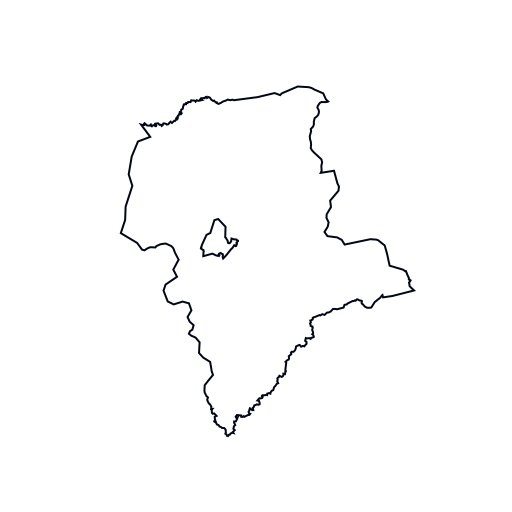 Kati, Koulikoro, Mali, rotated 204°
{"feature_id": "8926073B85176458631238", "entity_name": "Kati", "entity_type": "district", "adm_level": 2, "iso_a3": "MLI", "parent_name": "Mali", "parent_adm1": "Koulikoro", "projection": "orthographic", "projection_center": [-8.119, 12.599], "detail": "fine", "context": "isolated", "style": "outline", "palette": "ink", "viewbox_px": 512, "rotation_deg": 204, "n_neighbors": 0, "source": "geoboundaries", "source_scale": "gbopen_adm2", "svg_char_len": 6124}
<svg xmlns="http://www.w3.org/2000/svg" viewBox="0 0 512 512"><g transform="rotate(204 256 256)"><path d="M97.6,288.8L100.6,289.9L101.6,290.2L103.2,290.9L103.7,291.3L104.3,292.5L105.4,293.9L105.0,295.3L104.9,296.4L105.7,296.2L105.9,296.9L107.0,297.0L107.3,298.0L110.2,300.5L111.3,301.7L113.0,303.2L113.4,302.8L116.2,303.3L130.0,301.5L137.0,311.1L142.7,318.0L151.0,320.1L152.8,319.9L158.3,317.9L179.7,302.5L184.2,305.6L189.5,306.0L198.8,303.2L203.2,305.8L202.4,312.0L203.3,316.2L207.1,319.5L208.4,322.8L207.4,331.2L210.8,336.8L207.2,349.1L208.4,353.1L211.3,355.6L219.4,365.6L230.7,358.3L230.7,360.5L233.0,365.0L233.7,368.5L235.6,370.9L245.0,374.1L248.2,375.5L249.9,376.9L251.0,380.2L252.5,382.8L254.1,384.6L255.6,387.3L256.4,392.4L257.6,394.3L256.5,397.4L256.6,399.7L257.8,402.2L258.5,405.8L257.1,408.4L256.6,410.3L256.8,412.2L257.3,413.7L258.2,414.9L260.4,416.7L260.6,418.3L260.0,421.7L258.8,423.3L255.2,424.8L253.7,425.7L252.9,426.5L255.8,427.5L260.7,431.9L270.4,431.8L273.7,432.1L276.4,431.7L286.8,427.8L298.6,415.1L299.4,412.8L305.3,412.4L319.3,401.7L339.6,389.3L341.1,389.2L342.8,387.9L345.4,387.4L346.6,385.9L349.0,383.7L350.5,381.4L351.1,380.9L351.9,379.8L354.2,379.7L354.4,380.4L355.0,380.2L356.9,380.4L357.5,380.9L358.2,380.3L360.2,380.5L362.6,381.9L364.0,381.9L365.0,380.5L365.8,381.4L366.6,380.8L367.0,379.3L367.7,379.4L368.8,378.1L369.5,378.3L370.4,377.7L370.7,376.0L369.3,376.1L371.4,374.5L372.6,374.2L373.4,374.3L374.0,372.4L375.0,373.0L375.7,372.9L377.0,372.3L378.5,371.9L378.4,370.0L380.6,369.1L380.7,367.9L381.6,367.6L382.2,367.1L381.7,366.2L383.5,365.3L383.6,364.7L383.3,364.1L383.4,363.1L382.8,360.7L383.8,359.3L383.4,358.2L384.2,356.4L383.6,356.1L382.9,356.5L382.3,356.5L381.9,356.0L382.3,354.9L383.4,354.8L384.1,354.1L383.8,352.8L384.4,352.2L384.4,351.7L383.8,350.7L384.7,350.3L384.9,349.4L383.6,349.1L383.7,348.5L384.6,347.7L385.0,346.3L385.7,346.3L386.9,343.3L387.9,343.5L388.6,344.0L389.3,342.6L389.7,340.7L390.9,339.8L391.8,340.1L394.0,339.8L394.6,339.3L394.5,337.4L395.1,336.5L395.5,336.9L395.5,337.3L396.1,337.3L397.5,336.6L399.3,337.4L400.9,336.5L401.9,335.8L401.3,335.2L400.2,334.7L400.2,333.9L400.7,333.7L402.5,334.0L403.7,333.1L403.9,332.1L404.4,332.2L405.6,333.4L405.8,333.1L405.6,332.1L408.5,330.9L411.8,332.0L412.1,331.3L411.4,330.2L413.1,329.5L414.4,329.3L401.1,321.8L410.4,312.6L410.0,296.3L405.5,278.8L397.5,269.8L395.2,248.1L390.2,235.7L388.8,221.9L369.9,219.6L362.8,215.5L360.4,215.8L360.1,215.9L359.2,217.5L357.6,219.6L356.0,221.1L351.4,222.9L351.0,224.6L348.1,227.8L344.1,230.4L343.1,230.7L337.3,230.6L334.6,229.4L331.3,226.0L325.2,221.2L326.0,209.9L319.7,204.9L327.0,193.1L326.4,186.8L318.2,178.6L311.5,178.3L304.5,184.5L298.0,185.5L292.9,180.1L293.7,172.4L289.8,169.0L284.8,167.4L284.2,162.8L285.7,160.5L285.7,157.7L282.9,156.9L278.0,156.9L272.4,154.2L268.6,144.2L262.8,141.7L254.8,140.6L249.6,132.7L246.9,129.8L248.8,123.1L250.3,117.1L248.4,112.1L247.4,110.5L244.5,108.0L242.4,107.3L242.1,104.8L240.4,103.1L239.0,102.1L237.8,101.8L235.6,100.3L234.8,98.0L233.6,98.6L233.9,97.4L232.4,94.7L231.2,94.3L230.3,95.2L227.0,93.9L228.3,92.3L227.5,90.7L225.9,88.8L226.9,88.0L226.3,87.6L224.8,87.7L224.0,86.8L223.2,86.2L221.5,86.3L220.0,85.4L218.3,85.5L217.2,85.1L215.1,85.9L213.2,85.1L211.8,82.6L211.7,81.2L210.6,81.1L209.2,79.9L208.4,80.0L208.0,81.7L207.2,82.2L207.1,83.3L205.9,84.9L204.6,85.1L205.6,85.8L204.6,88.3L206.4,89.0L206.9,91.5L206.2,93.1L208.2,94.8L208.7,95.9L207.1,96.8L207.0,98.8L207.1,101.0L207.7,99.9L209.2,100.9L208.7,103.0L204.6,104.3L204.1,103.1L202.6,103.6L202.1,104.7L201.2,104.4L198.8,107.3L197.4,108.2L197.1,109.5L198.4,109.5L199.4,110.6L199.2,112.4L199.6,113.1L199.6,114.4L196.7,113.6L195.8,114.1L197.2,116.0L196.6,117.2L196.8,118.9L196.0,119.4L194.9,120.8L193.5,121.0L192.4,122.0L193.0,123.4L194.5,125.0L195.9,124.6L195.1,127.4L194.0,127.7L192.6,128.8L192.6,130.0L193.7,130.4L193.5,131.4L191.1,132.5L190.0,133.6L189.3,133.6L189.7,134.9L189.0,135.4L188.5,136.0L186.9,136.1L187.2,137.2L186.8,139.3L185.7,140.5L186.1,143.6L185.4,145.3L185.0,147.8L184.0,148.8L185.8,150.4L185.8,151.7L186.7,152.8L186.5,153.9L185.9,154.4L185.9,156.1L183.3,156.0L182.6,157.0L182.5,158.3L183.1,159.6L181.5,159.9L181.7,161.3L182.2,162.1L181.9,163.1L182.8,163.7L185.0,170.9L186.0,171.3L185.1,173.5L184.0,174.8L184.3,176.2L185.3,177.8L183.8,180.7L184.8,182.1L184.4,183.0L182.8,183.7L182.0,185.7L182.1,187.7L182.6,189.7L180.3,192.4L179.5,192.4L178.0,191.5L176.4,193.0L175.1,193.1L174.8,194.5L174.1,196.4L174.9,198.0L176.6,198.5L177.1,201.3L176.1,201.4L174.0,202.6L172.4,202.5L172.4,203.6L171.0,204.6L170.3,205.7L171.6,207.1L172.8,207.4L172.4,208.8L173.7,210.5L174.6,211.2L175.0,213.6L175.8,214.5L176.5,214.2L177.7,214.4L178.1,215.4L179.2,216.3L178.9,217.8L180.0,219.0L179.6,219.2L179.3,220.2L178.5,220.8L178.5,221.7L179.0,222.6L178.5,223.4L177.7,223.9L174.0,227.8L173.1,227.8L171.8,229.8L169.4,230.1L168.1,233.2L166.6,234.0L165.2,235.7L164.1,239.0L161.1,240.2L160.4,240.2L155.0,244.5L155.3,247.4L153.4,248.6L153.2,249.6L150.0,253.5L149.4,254.2L148.4,254.5L147.6,255.7L146.8,255.7L146.2,257.4L145.7,257.7L143.2,257.5L141.9,258.0L141.1,258.0L140.7,257.4L140.5,256.1L139.9,255.5L138.6,255.3L136.2,254.1L133.7,253.9L132.6,254.2L130.1,255.5L129.7,256.1L128.8,262.2L125.5,268.5L124.9,271.2L124.6,271.8L123.1,269.9L115.2,274.9L97.6,288.8ZM306.6,240.1L307.6,240.0L308.0,240.2L309.4,240.4L309.7,241.5L309.4,241.7L309.9,243.7L309.8,255.2L307.1,258.4L308.6,271.8L305.6,274.4L295.7,270.3L291.7,260.5L290.5,260.2L289.6,259.3L288.3,258.6L287.0,256.8L286.6,256.8L286.5,256.6L285.7,256.7L285.1,257.4L284.8,258.7L284.7,259.4L285.5,262.0L283.2,262.2L280.6,263.1L280.2,262.7L278.7,262.7L278.5,262.2L279.3,260.3L279.0,259.8L278.7,259.9L278.4,259.5L278.3,259.0L278.5,258.6L278.1,257.2L278.6,256.7L279.1,256.7L279.6,257.1L280.3,257.0L280.7,254.2L281.3,252.4L281.5,252.2L283.5,244.5L285.0,240.3L285.4,240.6L286.3,242.1L286.4,243.0L287.0,244.0L287.3,244.2L288.5,244.0L289.4,244.4L290.4,243.5L290.8,242.7L290.7,241.9L290.5,241.6L290.1,241.6L290.3,241.2L290.1,240.9L292.4,240.3L296.8,240.4L304.1,234.4L305.6,238.3L305.5,238.8L306.1,239.5L306.3,239.9L306.6,240.1Z" fill="none" stroke="#020617" stroke-width="2"/></g></svg>